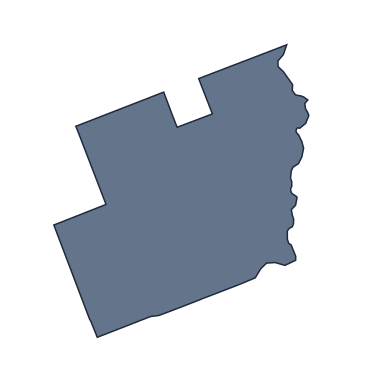 outline of Beauregard, Louisiana, United States of America, rotated 159°
{"feature_id": "52423323B21900392582772", "entity_name": "Beauregard", "entity_type": "district", "adm_level": 2, "iso_a3": "USA", "parent_name": "United States of America", "parent_adm1": "Louisiana", "projection": "orthographic", "projection_center": [-93.525, 30.643], "detail": "fine", "context": "isolated", "style": "filled", "palette": "slate", "viewbox_px": 384, "rotation_deg": 159, "n_neighbors": 0, "source": "geoboundaries", "source_scale": "gbopen_adm2", "svg_char_len": 1077}
<svg xmlns="http://www.w3.org/2000/svg" viewBox="0 0 384 384"><g transform="rotate(159 192 192)"><path d="M332.5,90.3L275.2,90.6L267.2,88.6L248.9,88.5L222.6,88.6L221.1,88.7L181.7,88.7L163.7,89.2L155.2,95.8L147.9,98.9L139.8,96.4L131.5,90.2L119.7,91.1L118.2,94.8L118.4,107.2L120.1,109.3L119.9,113.7L117.1,121.1L116.5,121.8L114.3,123.2L110.9,123.5L108.7,125.9L106.8,130.2L106.7,134.0L105.6,139.9L100.0,142.6L95.8,149.4L96.4,150.9L99.3,154.9L99.4,157.5L98.8,159.7L96.9,161.4L95.2,165.7L95.1,169.5L91.8,176.1L88.7,179.0L82.5,180.3L76.8,185.5L72.1,192.9L71.4,199.6L72.0,207.0L72.9,209.2L73.3,210.6L72.8,212.1L71.6,213.7L70.5,214.1L69.7,213.6L68.5,212.9L61.2,215.4L55.5,221.6L55.5,224.9L56.2,229.0L55.0,234.2L50.9,236.4L53.6,240.6L55.5,242.4L60.5,245.5L62.0,250.7L59.6,256.1L63.6,271.7L66.5,277.7L66.5,279.1L64.7,283.6L57.4,287.6L50.8,295.5L145.1,295.5L145.1,287.4L145.0,264.1L145.0,257.6L182.7,257.8L182.8,270.4L182.6,295.4L276.9,295.0L276.8,286.2L276.7,213.1L276.9,211.2L332.8,210.7L333.2,109.9L332.8,107.9L332.5,90.3Z" fill="#64748b" stroke="#1e293b" stroke-width="1.5"/></g></svg>